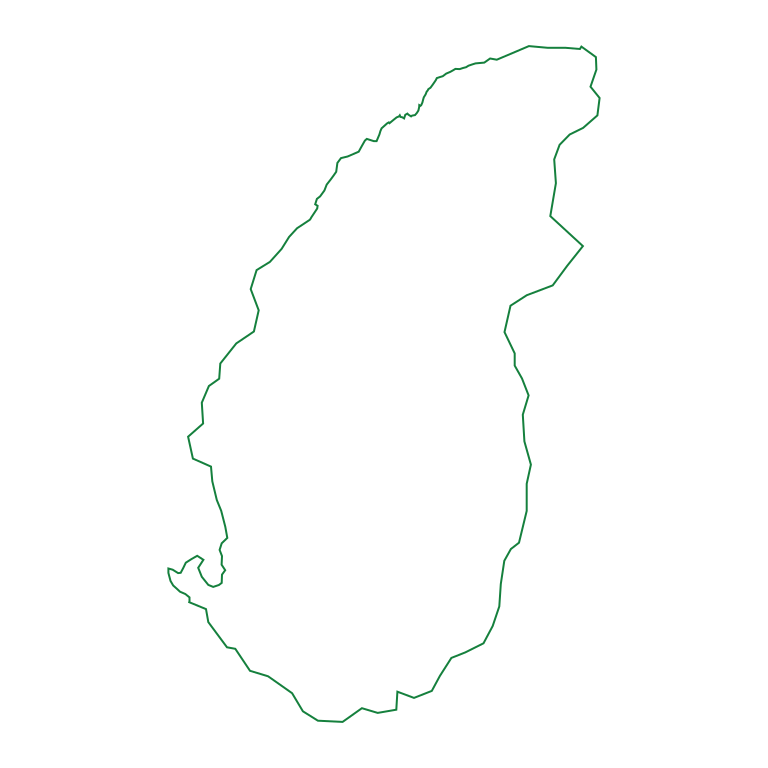 Arsos Lemesou, Limassol, Cyprus
{"feature_id": "46923920B44205206050617", "entity_name": "Arsos Lemesou", "entity_type": "district", "adm_level": 2, "iso_a3": "CYP", "parent_name": "Cyprus", "parent_adm1": "Limassol", "projection": "natural_earth1", "projection_center": [32.763, 34.84], "detail": "fine", "context": "isolated", "style": "outline", "palette": "green", "viewbox_px": 768, "rotation_deg": 0, "n_neighbors": 0, "source": "geoboundaries", "source_scale": "gbopen_adm2", "svg_char_len": 2323}
<svg xmlns="http://www.w3.org/2000/svg" viewBox="0 0 768 768"><path d="M311.1,217.7L310.8,218.4L309.8,219.8L297.1,228.2L289.1,236.9L281.6,248.9L269.9,261.9L256.6,270.1L250.7,289.1L258.7,310.3L253.9,331.5L236.3,343.4L220.3,363.5L219.2,378.7L208.9,386.0L201.8,402.7L203.1,423.5L188.1,436.7L192.9,458.6L211.0,466.6L212.3,481.3L216.8,500.0L221.2,510.8L225.3,526.8L227.3,537.9L221.7,543.3L219.6,549.9L222.0,556.1L221.6,564.7L225.2,570.2L222.0,574.6L221.7,582.9L218.9,585.0L213.2,586.9L208.3,584.9L201.8,576.8L198.2,567.8L203.4,559.8L197.2,555.8L191.6,559.0L185.8,562.7L183.2,568.1L180.7,572.8L178.1,573.1L172.7,569.7L168.4,568.5L168.4,572.9L170.5,580.9L173.2,585.5L176.9,588.8L180.0,591.7L185.3,594.0L189.5,597.4L189.5,601.1L189.2,602.2L206.0,609.1L208.3,622.1L227.0,647.3L235.3,648.8L250.0,670.8L268.1,676.3L292.1,693.2L302.9,711.3L317.9,720.7L342.6,721.9L361.9,708.2L377.7,712.9L396.3,709.7L397.4,691.7L414.0,697.9L431.8,690.9L439.9,675.9L451.4,657.9L465.3,652.4L483.5,643.3L485.2,640.1L492.7,626.0L499.3,606.4L500.8,584.0L504.3,560.8L510.9,549.0L519.0,542.7L526.7,510.9L526.7,483.8L530.9,464.6L524.4,441.4L522.8,414.7L528.6,395.4L522.0,378.5L514.7,365.6L514.7,353.4L504.5,332.1L510.5,305.7L526.8,295.2L552.7,285.4L567.2,265.8L582.9,246.1L550.3,216.1L555.9,183.2L554.2,159.4L559.6,144.8L569.7,134.5L583.1,127.9L597.4,115.4L599.6,98.0L590.5,86.7L596.4,69.6L596.1,61.9L595.9,57.1L581.4,46.6L579.9,49.0L565.5,47.8L547.7,47.8L528.9,46.1L496.8,59.7L490.1,58.5L484.3,62.6L475.5,63.4L472.0,64.5L468.5,65.7L466.1,67.2L463.0,68.0L459.7,69.1L455.4,68.9L452.9,70.4L450.2,71.9L446.2,73.6L442.8,76.2L440.1,77.0L436.8,78.1L435.9,80.0L434.9,81.5L432.9,84.4L430.5,87.7L428.3,89.2L427.7,90.5L426.7,91.6L425.6,94.4L423.8,97.3L423.1,99.7L422.4,102.5L421.2,105.2L420.5,105.8L419.3,105.1L419.2,107.0L418.4,110.5L416.9,112.9L415.0,115.1L412.1,115.6L411.1,116.4L408.3,114.6L407.4,113.6L405.3,114.8L404.1,118.4L402.3,117.3L400.5,116.9L399.8,115.3L399.0,116.4L396.6,117.4L393.6,119.8L389.5,123.2L388.8,122.4L387.2,123.3L381.6,128.3L380.4,131.1L379.4,134.5L376.6,141.1L373.7,141.1L366.8,138.9L364.9,140.6L361.9,145.9L358.7,151.7L347.6,156.5L341.0,158.1L337.4,162.9L336.2,171.8L333.4,175.8L330.6,179.6L326.7,184.6L324.4,190.5L320.1,196.4L316.9,198.9L315.2,204.3L317.6,205.8L317.2,208.5L311.1,217.7Z" fill="none" stroke="#15803d" stroke-width="2"/></svg>